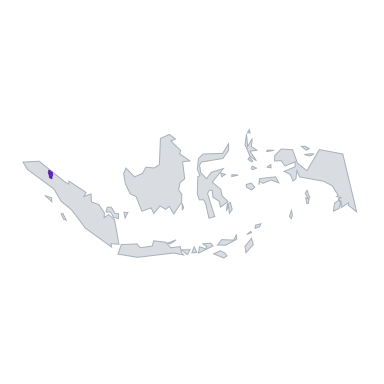 Deli Serdang, Sumatera Utara, Indonesia (highlighted), rotated 345°
{"feature_id": "22746128B17104196518473", "entity_name": "Deli Serdang", "entity_type": "district", "adm_level": 2, "iso_a3": "IDN", "parent_name": "Indonesia", "parent_adm1": "Sumatera Utara", "projection": "equal_earth", "projection_center": [98.729, 3.48], "detail": "fine", "context": "in_parent", "style": "filled", "palette": "violet", "viewbox_px": 384, "rotation_deg": 345, "n_neighbors": 0, "source": "geoboundaries", "source_scale": "gbopen_adm2", "svg_char_len": 5747}
<svg xmlns="http://www.w3.org/2000/svg" viewBox="0 0 384 384"><g transform="rotate(345 192 192)"><path d="M134.4,151.8L140.4,162.5L149.2,161.1L153.8,156.1L161.6,159.0L167.6,157.1L175.4,132.0L185.1,130.6L189.7,136.6L184.8,137.2L191.8,149.1L189.9,151.8L198.0,161.4L190.7,160.3L188.4,177.4L182.8,179.9L179.6,186.7L181.6,191.4L179.4,199.0L168.7,208.6L166.4,200.0L162.1,202.0L157.5,197.2L149.5,202.9L148.4,196.8L138.6,197.5L136.8,182.0L131.9,177.8L129.8,167.1L130.7,156.7L134.4,151.8ZM36.5,119.4L52.3,122.7L72.5,150.3L75.0,152.5L76.0,149.7L89.6,165.1L86.3,168.4L93.9,167.7L92.3,175.6L98.6,179.9L101.9,189.5L100.5,194.1L105.6,192.2L110.0,198.8L107.9,223.6L100.4,220.9L100.1,224.4L79.7,199.4L71.0,177.9L63.2,167.1L59.4,153.3L38.9,127.7L36.5,119.4ZM347.5,194.3L345.9,253.7L339.6,245.3L340.5,242.9L332.1,245.7L333.6,239.8L331.4,236.7L332.2,236.3L333.6,236.5L334.4,236.2L330.5,233.8L332.3,233.1L329.1,222.3L322.0,215.7L299.8,205.3L298.9,198.4L295.8,206.1L292.5,207.5L291.5,200.5L286.3,195.9L298.0,194.4L299.6,189.6L288.6,190.9L286.1,184.7L279.7,183.4L281.5,178.2L289.3,173.6L300.0,177.2L301.4,191.5L308.5,201.2L326.0,184.0L347.5,194.3ZM238.2,161.2L230.5,167.6L208.9,165.5L206.3,167.9L205.4,175.5L209.5,182.9L215.7,178.0L228.3,177.5L214.1,187.6L220.5,197.0L220.1,203.5L224.3,210.6L215.5,214.0L215.8,207.9L210.9,202.6L212.0,195.6L209.3,194.8L206.6,197.4L207.6,221.6L201.6,221.7L202.2,207.3L201.2,202.5L197.1,201.5L196.6,195.3L201.6,178.7L203.9,178.3L203.1,171.2L206.8,161.5L212.3,158.2L231.7,162.6L239.7,154.9L238.2,161.2ZM110.1,224.5L125.4,227.9L127.7,232.5L139.6,233.9L142.4,229.2L153.9,233.8L157.0,240.4L166.5,241.7L166.2,247.2L167.5,250.6L158.6,246.2L122.5,241.0L104.5,232.9L110.1,224.5ZM257.5,162.6L264.0,156.0L261.1,163.6L265.5,168.4L258.6,167.6L262.3,178.5L257.3,172.6L255.5,159.9L259.6,150.2L257.5,162.6ZM260.6,196.6L276.7,199.0L278.2,205.7L271.7,200.8L262.7,202.0L260.1,199.3L258.5,202.4L260.6,196.6ZM223.0,249.1L211.1,252.1L202.9,249.9L208.4,245.7L219.9,249.3L224.0,244.5L223.0,249.1ZM189.1,244.9L197.0,246.3L198.3,249.6L182.4,252.7L185.0,246.9L190.4,250.2L192.2,248.9L189.1,244.9ZM237.4,252.1L237.5,258.7L228.4,264.6L229.1,258.3L237.4,252.1ZM110.0,185.7L112.2,192.9L115.3,193.9L114.2,198.5L109.7,196.2L108.3,190.4L103.8,189.1L106.1,184.8L110.0,185.7ZM329.7,246.0L323.7,247.1L326.8,239.6L331.5,238.0L332.9,240.8L329.7,246.0ZM204.1,256.1L207.7,259.2L209.3,262.7L205.6,264.0L197.0,257.4L204.1,256.1ZM251.5,198.7L253.9,203.6L250.2,205.4L246.0,201.7L246.2,198.8L251.5,198.7ZM166.8,245.1L175.2,247.3L171.3,251.3L166.8,245.1ZM179.9,245.4L181.0,251.6L176.1,250.7L179.9,245.4ZM124.8,195.1L120.7,199.8L121.0,193.9L124.8,195.1ZM303.5,220.1L304.3,228.0L302.5,228.4L301.0,222.6L303.5,220.1ZM164.3,234.1L157.8,236.5L155.1,235.1L164.3,234.1ZM226.3,212.0L226.3,219.2L222.6,222.2L224.1,212.7L226.3,212.0ZM49.1,157.3L54.9,161.4L54.1,165.2L49.1,157.3ZM63.2,186.7L61.0,185.1L59.9,179.3L61.7,179.1L63.2,186.7ZM281.0,243.5L279.8,240.7L283.3,235.5L283.1,240.1L281.0,243.5ZM275.4,171.0L282.1,173.0L274.6,172.3L275.4,171.0ZM235.0,185.6L241.1,187.6L234.4,187.4L235.0,185.6ZM223.4,215.5L220.2,219.1L223.1,212.7L223.4,215.5ZM309.6,176.3L313.1,177.0L316.3,180.4L313.2,181.2L309.6,176.3ZM250.4,240.5L248.1,243.1L243.5,243.4L244.8,240.5L250.4,240.5ZM303.1,229.3L301.6,233.0L300.0,232.9L300.3,227.0L303.1,229.3ZM260.4,185.6L256.4,186.2L255.2,184.9L256.9,182.6L260.4,185.6ZM310.2,185.0L315.1,185.5L319.8,186.9L315.3,187.7L310.2,185.0ZM224.7,181.2L228.8,183.6L224.6,184.9L224.7,181.2ZM263.5,150.0L260.8,149.3L263.4,146.6L263.5,150.0ZM233.9,247.3L238.4,245.2L239.0,246.5L233.9,247.3ZM275.3,185.9L274.6,189.1L271.1,187.5L272.9,186.5L275.3,185.9ZM179.8,204.8L178.0,207.1L179.5,200.1L179.8,204.8ZM256.4,173.3L258.6,177.8L257.7,178.5L254.6,175.0L256.4,173.3Z" fill="#d9dde1" stroke="#a8b0b8" stroke-width="1"/><path d="M60.2,135.6L60.1,135.4L60.1,135.1L60.0,134.8L60.0,134.7L59.9,134.6L59.7,134.7L59.7,134.8L59.5,135.0L59.4,134.9L59.4,135.0L59.5,135.1L59.4,135.1L59.4,135.3L59.3,135.2L59.3,135.3L59.2,135.4L59.3,135.4L59.0,135.6L58.9,135.7L58.8,136.0L58.8,136.3L58.8,136.5L58.7,136.7L58.8,136.7L58.8,136.8L58.8,137.0L59.0,137.2L59.0,137.3L59.0,137.5L58.9,137.7L58.7,137.7L58.7,137.8L58.8,137.8L58.8,138.0L58.8,138.3L58.8,138.5L58.8,138.8L58.7,139.1L58.8,139.2L58.7,139.3L58.7,139.5L58.8,139.6L58.7,139.8L58.8,139.9L58.8,140.0L58.5,140.3L58.5,140.5L58.5,140.8L58.7,140.7L58.8,140.7L59.0,140.7L59.0,140.8L59.1,141.1L59.3,140.9L59.6,140.8L59.6,141.0L59.4,141.2L59.4,141.3L59.5,141.5L59.6,141.8L59.4,141.9L59.5,142.0L59.6,142.3L59.8,142.3L59.9,142.2L60.0,142.3L60.2,141.9L60.3,141.3L60.3,141.2L60.3,140.9L60.4,140.7L60.6,140.6L60.6,140.4L60.7,140.2L60.8,140.1L61.0,140.0L61.0,139.9L61.2,139.7L61.2,139.8L61.3,139.7L61.5,139.6L61.6,139.4L61.6,139.2L61.6,138.9L61.6,138.7L61.7,138.4L61.7,138.2L61.6,137.9L61.7,137.7L61.6,137.4L61.7,137.2L61.8,137.0L61.8,136.9L61.8,136.7L61.5,136.7L61.3,136.6L61.1,136.4L60.9,136.4L60.7,136.2L60.7,136.3L60.7,136.2L60.7,136.3L60.7,136.2L60.5,135.9L60.4,135.9L60.2,135.8L60.1,136.0L60.3,136.2L60.3,136.3L60.2,136.2L60.2,136.3L60.2,136.2L60.2,136.3L60.1,136.5L60.1,136.8L60.1,136.7L59.9,136.7L60.0,136.7L60.0,136.8L60.1,137.0L60.1,137.4L60.4,137.4L60.4,137.5L60.3,137.8L60.2,137.8L60.3,137.9L60.3,138.0L60.3,137.9L60.3,138.0L60.1,138.0L59.9,138.1L59.8,138.3L59.7,138.3L59.6,138.2L59.5,138.3L59.4,138.4L59.4,138.2L59.4,137.9L59.5,137.8L59.5,137.7L59.4,137.5L59.5,137.5L59.5,137.4L59.4,137.4L59.5,137.4L59.4,137.4L59.5,137.3L59.4,137.3L59.4,137.2L59.4,137.3L59.5,137.3L59.5,137.2L59.5,137.3L59.6,137.2L59.8,137.3L59.8,137.2L59.8,136.8L59.8,136.7L59.7,136.6L59.6,136.4L59.7,136.2L59.8,136.2L59.7,136.1L59.6,135.9L59.7,135.7L59.8,135.7L59.9,135.8L60.0,135.9L59.9,135.8L60.0,135.8L60.0,135.7L60.2,135.6Z" fill="#8b5cf6" stroke="#5b21b6" stroke-width="1.5"/></g></svg>